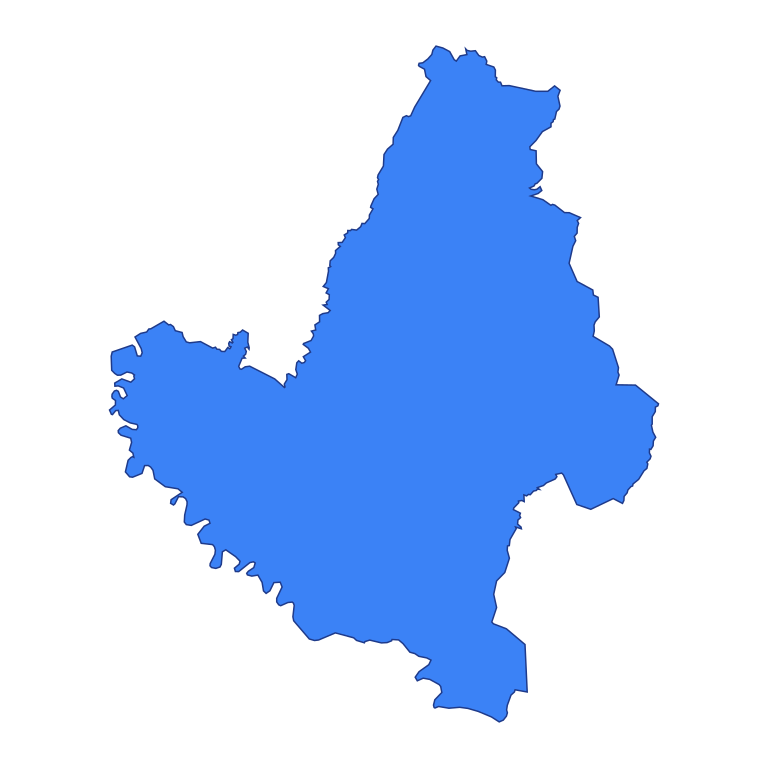 outline of Buenavista, Michoacán, Mexico
{"feature_id": "50627088B1584906441416", "entity_name": "Buenavista", "entity_type": "district", "adm_level": 2, "iso_a3": "MEX", "parent_name": "Mexico", "parent_adm1": "Michoacán", "projection": "mercator", "projection_center": [-102.594, 19.215], "detail": "fine", "context": "isolated", "style": "filled", "palette": "blue", "viewbox_px": 768, "rotation_deg": 0, "n_neighbors": 0, "source": "geoboundaries", "source_scale": "gbopen_adm2", "svg_char_len": 6080}
<svg xmlns="http://www.w3.org/2000/svg" viewBox="0 0 768 768"><path d="M135.0,337.0L141.2,348.6L142.2,352.8L140.7,356.2L137.3,355.9L134.6,346.9L132.2,345.1L112.2,352.0L111.2,356.2L111.7,370.3L114.7,373.4L117.4,375.2L120.8,375.1L127.0,372.0L131.7,373.0L134.5,375.0L133.8,376.0L134.5,378.8L130.8,382.2L121.8,378.9L114.7,383.1L114.9,386.2L118.3,385.9L123.6,388.0L127.2,395.6L123.3,398.8L120.5,397.0L118.3,391.3L116.5,390.3L114.4,391.0L112.1,394.2L111.9,396.6L112.3,398.2L115.5,400.5L115.4,405.0L109.5,410.0L111.4,414.3L112.5,414.6L115.7,410.6L118.3,410.4L119.3,414.8L123.8,419.6L130.2,422.9L136.9,424.4L137.7,425.6L137.8,427.7L136.4,429.7L132.2,429.4L125.9,425.8L120.3,428.2L118.2,430.6L118.4,432.7L121.0,435.2L130.7,438.2L131.6,442.4L129.4,450.1L132.9,453.1L133.8,457.2L132.6,456.6L130.9,457.5L128.1,460.3L125.4,471.9L129.6,476.8L132.6,477.2L142.0,473.4L144.6,465.6L148.2,465.5L150.6,467.0L153.0,470.3L154.7,478.9L165.3,486.7L178.0,488.8L182.2,492.3L171.1,499.7L170.6,503.3L173.5,505.0L174.9,503.8L178.5,496.7L183.1,496.9L185.6,498.6L187.1,501.7L187.0,504.8L184.7,515.0L184.3,522.0L186.3,524.6L191.3,525.4L205.1,519.0L209.0,520.1L210.0,523.3L204.2,526.2L197.8,534.3L201.2,543.3L212.6,544.6L214.4,546.7L215.4,550.2L214.9,554.3L210.2,563.5L210.0,565.8L211.5,567.5L215.8,568.4L220.0,567.0L221.3,564.4L222.4,551.8L225.8,549.8L235.7,556.7L240.0,561.2L239.2,564.2L234.4,568.2L235.4,571.5L238.7,571.6L249.9,562.6L253.5,561.8L255.2,563.0L253.8,567.6L248.4,571.2L246.7,573.3L247.4,574.9L251.8,576.1L257.9,575.1L262.1,582.4L263.5,590.9L266.1,593.4L269.9,590.8L273.9,582.6L280.2,582.2L282.1,587.0L276.7,598.3L276.7,601.9L278.7,604.8L280.7,605.7L287.9,602.5L292.2,602.1L293.4,603.1L294.2,605.4L292.9,616.8L293.7,620.8L309.3,639.0L314.5,640.5L318.6,640.0L335.3,632.9L353.7,637.8L356.5,640.4L364.4,642.8L364.9,641.6L369.7,640.1L381.4,642.9L387.1,642.6L391.6,640.8L392.0,639.5L398.6,639.9L403.0,643.6L409.9,652.2L414.9,653.6L418.8,656.3L426.7,657.9L431.0,660.1L428.8,664.7L419.1,671.6L415.2,677.2L417.3,680.8L423.2,678.2L429.8,679.4L439.2,684.6L440.7,686.5L441.8,692.5L434.8,699.8L433.5,705.1L434.1,707.5L435.0,708.0L438.6,706.5L448.9,708.2L459.7,707.3L467.9,708.4L478.2,711.4L491.4,716.9L499.2,721.9L503.3,720.1L506.4,716.2L507.4,712.8L506.6,710.0L507.3,705.3L511.0,695.1L514.4,692.0L515.1,689.8L527.2,692.0L525.0,644.5L506.4,628.8L493.4,623.8L491.8,622.0L496.6,607.5L493.7,594.3L496.6,580.9L504.8,572.5L509.4,558.2L507.2,550.3L507.5,545.9L509.3,545.6L510.0,539.5L516.2,528.7L515.5,527.0L521.4,528.8L521.0,527.0L517.6,524.1L517.9,520.1L520.6,517.6L519.6,515.5L520.4,513.2L513.4,509.6L513.8,507.9L518.8,502.7L518.4,501.1L521.9,500.5L524.2,501.6L523.9,494.9L526.6,495.9L528.5,494.4L530.3,494.7L533.5,491.1L536.5,490.4L537.2,489.1L539.4,489.4L537.4,487.6L543.5,485.5L546.4,482.9L555.2,479.0L556.9,476.7L555.7,474.4L561.7,473.1L563.4,474.8L576.8,504.5L590.8,509.3L613.2,498.6L622.5,503.4L623.9,500.5L624.1,496.4L627.1,492.9L627.9,490.0L630.9,486.6L632.6,486.0L633.0,484.0L638.7,479.3L644.0,470.8L646.9,468.4L647.8,463.9L646.8,462.2L650.1,458.9L651.0,456.2L649.4,452.9L649.5,449.1L650.9,449.4L653.1,445.8L653.4,441.0L655.7,437.3L652.9,432.1L651.4,425.2L652.2,424.1L652.2,416.7L655.3,411.6L655.4,407.1L657.9,405.8L658.5,403.8L635.5,385.1L616.1,384.8L619.1,375.0L617.9,372.1L618.5,367.7L612.6,349.2L609.5,346.0L593.1,336.3L594.3,330.9L594.0,325.1L595.2,321.9L599.3,316.9L598.1,297.3L593.4,295.0L592.8,290.0L577.1,281.5L569.1,263.3L572.9,246.3L575.7,240.7L574.3,236.4L577.1,233.1L577.2,227.4L578.6,223.4L577.2,220.6L580.5,217.6L569.3,212.7L564.5,212.6L554.9,205.1L552.5,204.4L550.9,205.3L542.9,199.7L530.7,196.0L538.1,193.5L541.8,190.5L540.1,186.7L536.8,189.3L534.3,189.7L531.1,189.3L529.5,188.0L534.0,186.0L535.3,183.7L536.8,183.4L541.9,178.3L542.6,171.6L536.4,163.8L536.1,150.8L530.2,149.5L529.8,146.8L536.0,140.5L542.4,131.6L551.0,126.8L551.0,123.2L553.1,121.7L553.5,119.5L554.8,119.1L556.5,111.5L559.0,109.2L560.0,106.1L557.9,96.3L560.1,90.3L554.6,85.9L547.8,91.3L535.7,91.3L509.3,85.6L502.0,85.8L500.5,82.2L498.3,82.1L496.3,79.9L496.7,77.7L495.3,76.8L495.4,70.1L493.8,67.0L486.2,64.4L486.8,61.1L484.6,56.7L482.4,57.1L478.8,55.5L475.4,50.7L470.7,51.2L467.1,50.4L465.7,48.9L466.9,54.6L460.1,55.9L456.3,61.1L454.2,59.7L449.7,51.6L442.9,48.0L436.0,46.1L432.9,50.1L431.8,54.5L427.8,59.0L422.8,62.8L419.1,63.3L418.5,65.2L419.2,66.3L424.5,69.2L426.0,76.6L430.6,80.6L414.7,107.0L410.7,115.8L408.5,116.6L406.4,115.7L402.9,117.4L397.8,130.4L393.3,137.4L393.1,144.2L387.5,149.1L384.0,154.5L383.4,166.1L378.1,174.9L377.5,177.7L378.6,179.6L377.5,181.3L378.3,184.3L376.8,189.1L378.2,194.4L374.1,198.7L370.9,205.9L370.6,207.4L373.0,208.8L369.4,215.0L369.3,218.4L364.8,223.6L362.0,223.4L360.7,226.7L356.6,230.1L351.6,229.4L350.5,230.6L347.8,230.5L347.7,232.8L344.2,235.0L345.4,237.6L342.2,242.4L338.2,242.6L338.3,244.8L340.3,246.4L335.5,250.5L335.6,253.4L333.7,257.4L330.2,260.8L329.8,265.5L330.7,266.6L328.3,267.8L328.5,271.2L326.4,282.5L323.2,286.5L328.4,288.7L326.1,292.9L329.3,294.7L329.1,299.4L326.2,302.2L327.2,304.5L323.1,305.1L330.2,310.5L328.1,312.7L322.8,313.6L319.5,315.4L319.6,321.8L314.9,324.9L315.7,330.0L311.4,331.1L313.3,333.7L313.6,336.0L311.1,340.5L303.6,343.5L303.2,344.4L308.4,348.3L310.5,352.1L303.3,356.7L305.6,360.7L304.3,362.5L301.8,363.2L298.7,360.8L296.8,362.8L295.8,369.6L297.3,374.1L295.7,377.7L288.8,373.7L286.8,374.4L287.0,379.7L284.3,384.1L285.0,387.0L284.4,387.5L274.7,378.9L249.7,366.2L245.2,366.8L241.4,369.3L239.9,368.9L238.7,366.3L242.1,358.2L245.2,358.0L243.4,356.1L245.6,354.3L246.3,351.4L244.7,348.2L247.3,347.0L249.0,349.2L249.2,347.7L247.8,342.2L248.2,333.3L242.6,330.0L240.2,332.2L237.9,332.6L237.6,334.5L235.8,335.2L233.2,334.4L233.0,338.7L231.4,339.7L232.9,342.3L232.3,343.0L229.6,341.7L228.7,343.4L229.1,346.1L231.0,346.7L230.5,347.8L229.8,348.7L227.8,347.5L224.8,351.5L221.4,351.4L219.6,349.4L216.9,349.2L215.5,347.2L212.7,348.1L200.5,341.6L189.6,342.8L186.3,341.9L183.1,336.6L182.1,332.5L175.3,330.7L173.4,326.6L170.5,324.5L168.7,324.9L164.0,321.2L150.8,328.8L148.8,329.0L146.7,332.0L140.6,333.4L135.0,337.0Z" fill="#3b82f6" stroke="#1e3a8a" stroke-width="1.5"/></svg>